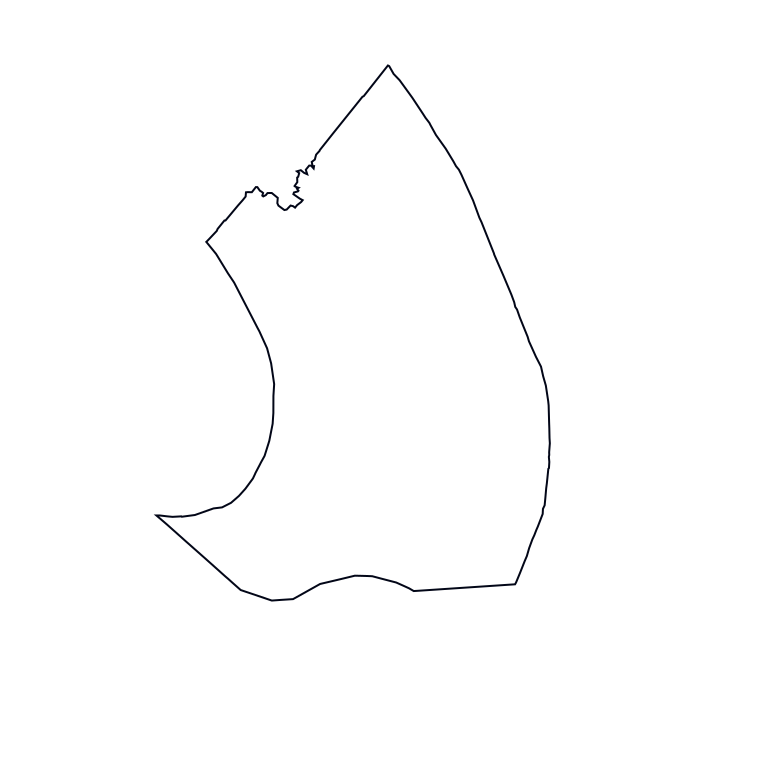 Lower Saloum, Central River, Gambia, rotated 129°
{"feature_id": "56634734B70409077095290", "entity_name": "Lower Saloum", "entity_type": "district", "adm_level": 2, "iso_a3": "GMB", "parent_name": "Gambia", "parent_adm1": "Central River", "projection": "orthographic", "projection_center": [-15.38, 13.709], "detail": "fine", "context": "isolated", "style": "outline", "palette": "ink", "viewbox_px": 768, "rotation_deg": 129, "n_neighbors": 0, "source": "geoboundaries", "source_scale": "gbopen_adm2", "svg_char_len": 2530}
<svg xmlns="http://www.w3.org/2000/svg" viewBox="0 0 768 768"><g transform="rotate(129 384 384)"><path d="M629.4,478.1L629.8,463.7L631.0,438.5L632.2,410.8L633.4,386.2L633.5,382.4L633.8,377.0L634.3,365.7L622.9,334.9L616.9,328.5L608.7,319.6L608.4,319.3L579.6,307.8L569.8,300.2L563.2,295.1L551.3,286.0L546.6,279.9L544.0,276.5L540.8,272.2L536.9,263.5L530.6,249.6L528.1,240.2L527.0,235.9L526.2,230.6L524.1,228.3L474.9,175.2L457.2,156.1L455.5,156.4L454.3,156.7L445.2,159.4L433.1,163.2L427.8,164.7L420.2,167.9L411.4,170.9L407.0,172.0L401.4,173.8L398.1,174.7L385.1,178.9L381.0,181.9L377.2,182.8L371.3,186.7L363.0,192.3L358.6,195.0L346.5,202.9L345.5,202.9L340.5,206.5L336.9,210.0L335.2,210.9L333.1,212.7L325.7,217.8L321.9,221.3L314.8,227.3L312.6,229.2L311.0,230.6L297.0,242.6L294.0,245.6L283.4,257.2L277.8,265.2L271.7,272.9L267.2,283.1L262.0,293.4L259.6,298.2L256.9,302.1L250.5,313.7L249.1,316.2L246.8,320.4L242.4,327.5L241.5,330.5L238.5,334.3L234.4,341.2L224.7,359.3L214.0,379.9L213.4,380.6L196.9,410.0L194.7,414.6L185.3,430.3L179.4,442.2L172.6,455.6L170.3,460.7L169.4,465.1L167.3,470.2L162.3,484.1L157.8,500.3L153.7,510.4L153.4,511.1L152.5,513.1L151.0,519.3L149.6,523.5L143.7,542.2L138.1,563.0L137.0,571.6L133.7,580.0L134.0,581.4L134.5,581.4L173.1,580.9L174.3,581.5L221.1,581.3L242.5,581.1L243.4,580.8L248.4,581.1L250.5,580.2L253.1,579.0L256.9,579.9L259.6,576.6L258.7,575.5L260.8,574.3L260.2,578.1L261.4,579.6L266.7,579.6L269.3,575.7L270.2,579.0L270.2,583.2L273.5,585.5L273.5,582.6L277.0,581.1L278.2,581.4L281.7,578.4L283.3,578.3L286.4,578.1L286.4,576.9L285.3,573.9L287.0,574.5L287.6,572.1L288.5,572.1L291.8,574.5L293.5,573.9L292.9,565.9L292.3,562.9L294.7,562.9L299.7,564.1L302.9,564.1L303.0,566.5L304.1,568.9L309.7,569.4L311.5,570.9L311.8,578.3L310.6,580.7L306.2,583.7L306.2,586.1L306.2,591.4L308.9,594.7L311.6,594.7L314.2,595.9L314.2,597.1L311.6,598.2L311.6,600.0L311.9,602.1L310.7,606.3L311.6,607.5L318.1,607.4L320.7,610.7L321.9,611.9L325.4,609.5L329.9,609.5L330.1,609.5L337.0,609.8L356.7,610.1L357.3,610.9L368.2,610.9L370.3,610.3L384.6,611.4L385.4,611.5L388.6,596.3L396.2,574.9L399.5,564.3L407.1,547.0L414.5,530.1L420.0,517.6L421.5,514.0L429.9,497.2L430.0,497.1L439.0,484.7L453.2,469.3L462.9,462.4L476.2,451.7L485.0,445.5L500.3,437.4L503.8,436.0L514.7,431.7L515.4,431.5L522.2,430.3L525.0,429.7L534.0,427.9L535.4,427.5L539.9,426.4L552.6,425.8L562.3,426.3L572.6,428.1L581.8,432.2L588.0,438.2L604.8,448.5L614.4,457.6L614.4,458.2L620.3,464.7L623.3,469.2L627.2,475.4L629.4,478.1Z" fill="none" stroke="#020617" stroke-width="2"/></g></svg>